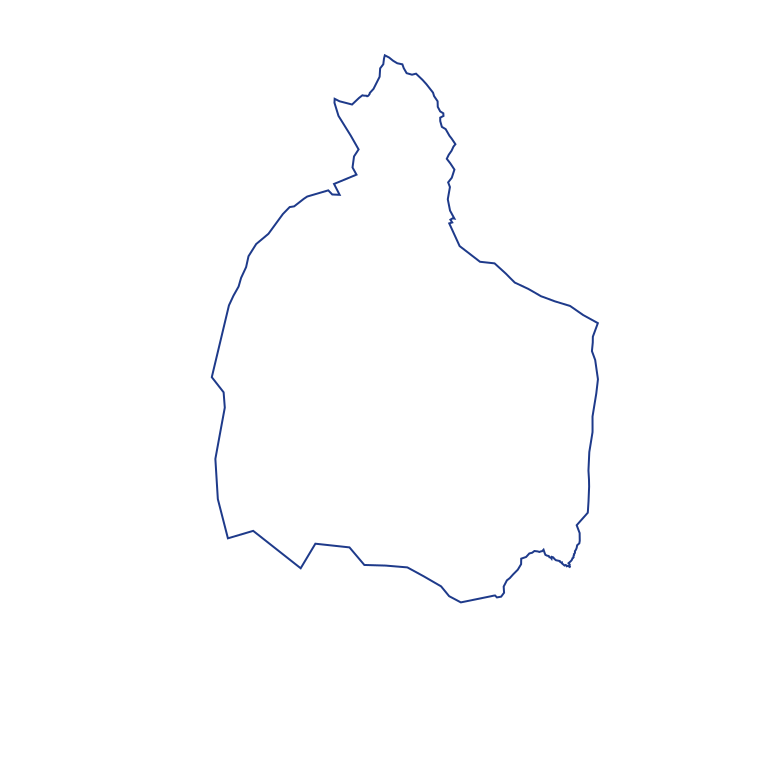 outline of Moro, Kwara, Nigeria, rotated 322°
{"feature_id": "59680162B98306169506823", "entity_name": "Moro", "entity_type": "district", "adm_level": 2, "iso_a3": "NGA", "parent_name": "Nigeria", "parent_adm1": "Kwara", "projection": "equal_earth", "projection_center": [4.676, 8.847], "detail": "fine", "context": "isolated", "style": "outline", "palette": "blue", "viewbox_px": 768, "rotation_deg": 322, "n_neighbors": 0, "source": "geoboundaries", "source_scale": "gbopen_adm2", "svg_char_len": 2734}
<svg xmlns="http://www.w3.org/2000/svg" viewBox="0 0 768 768"><g transform="rotate(322 384 384)"><path d="M252.5,272.6L252.5,291.8L244.0,304.6L226.6,320.0L205.0,339.2L182.2,372.4L166.0,409.5L190.5,419.2L204.9,477.9L231.6,467.6L256.2,491.5L257.1,514.5L273.5,528.1L289.5,542.9L296.9,560.0L304.4,578.6L304.7,591.3L310.1,603.4L337.6,617.1L339.7,618.1L341.3,619.0L341.6,621.7L345.4,623.7L350.1,622.4L353.6,617.3L357.1,615.7L359.9,614.4L363.6,614.4L368.7,613.5L375.1,612.7L381.1,610.4L384.6,606.1L389.5,607.8L394.2,607.0L396.9,608.2L397.7,608.2L398.6,608.2L399.7,608.2L402.1,610.6L403.0,612.0L404.6,612.5L405.7,613.1L407.7,612.8L406.6,615.9L406.0,618.0L406.9,619.8L407.9,620.9L407.7,622.4L408.5,623.2L408.5,624.8L409.8,623.6L410.6,624.8L410.6,626.7L411.0,628.7L412.4,630.4L413.5,631.7L413.2,632.2L413.6,633.5L414.4,634.1L413.8,634.9L414.2,636.7L414.5,638.2L415.6,638.4L416.1,639.3L415.8,640.1L417.0,640.6L417.7,642.5L418.1,642.4L418.4,641.3L419.2,640.6L419.1,638.8L421.0,638.7L422.3,638.6L423.9,638.2L424.7,637.7L425.3,637.3L425.9,637.5L426.8,637.2L427.1,636.5L427.8,636.0L428.5,635.8L428.9,635.0L429.9,634.9L430.8,634.3L431.5,633.3L433.3,632.7L435.0,631.7L436.9,630.0L439.8,629.8L441.7,628.1L446.4,621.9L448.9,613.9L465.3,610.9L466.6,609.5L472.9,602.4L482.5,591.1L486.7,585.5L491.8,578.1L503.9,564.0L509.0,559.3L518.6,550.4L519.9,548.8L528.3,538.0L545.4,522.2L555.5,512.0L558.3,507.1L561.0,502.4L565.2,495.1L568.1,486.1L574.0,479.9L577.7,475.3L583.2,471.9L590.0,467.7L583.4,452.3L578.7,437.1L569.5,424.0L563.1,413.6L561.8,411.6L558.1,402.4L556.2,397.8L549.5,384.6L548.7,378.4L548.0,372.2L545.4,357.0L534.9,346.8L528.5,321.9L534.3,297.6L537.2,298.7L537.5,295.4L540.1,295.7L541.3,297.0L542.8,288.0L548.0,277.7L557.2,269.4L558.7,264.6L564.4,263.2L571.5,258.4L572.1,250.8L572.1,245.2L576.2,243.2L580.8,241.8L584.9,239.7L587.9,239.0L588.4,232.1L588.4,228.7L589.5,221.1L587.9,217.0L590.2,211.4L592.3,208.7L595.9,209.4L597.4,207.2L596.1,203.8L597.0,198.7L600.3,194.2L600.7,188.0L602.0,184.6L602.0,180.1L602.0,173.9L601.6,168.2L600.3,159.2L596.5,157.5L593.2,153.0L594.0,147.3L595.3,143.4L591.9,139.4L590.2,134.9L589.0,129.8L587.0,125.5L584.3,127.6L580.3,131.6L575.3,132.9L569.7,139.2L557.4,145.0L552.0,145.9L551.4,146.5L550.2,146.9L549.4,147.1L548.4,147.1L547.8,146.8L547.6,146.0L547.1,145.6L545.6,144.3L544.7,143.2L543.6,143.2L540.5,143.2L530.9,144.1L523.0,133.8L520.7,128.9L518.1,131.9L513.2,144.7L510.7,167.9L508.4,183.5L500.5,186.2L492.5,194.0L491.2,202.1L467.8,195.6L465.5,207.6L459.9,202.8L459.3,197.1L438.9,189.0L434.8,188.7L422.6,188.7L421.1,187.9L418.6,186.5L409.0,187.8L385.4,194.5L369.5,195.0L355.9,199.9L347.3,207.0L336.7,212.4L329.4,217.7L319.8,221.7L310.2,226.6L252.5,272.6Z" fill="none" stroke="#1e3a8a" stroke-width="2"/></g></svg>